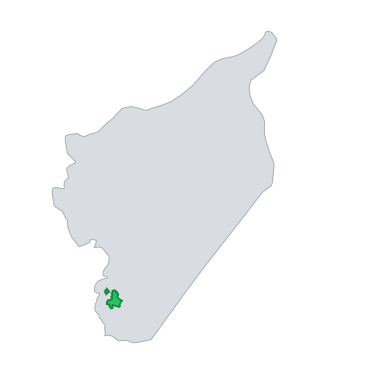 location of Rural Damascus, Rif Dimashq, Syria, rotated 339°
{"feature_id": "27442178B80699161134092", "entity_name": "Rural Damascus", "entity_type": "district", "adm_level": 2, "iso_a3": "SYR", "parent_name": "Syria", "parent_adm1": "Rif Dimashq", "projection": "mercator", "projection_center": [36.292, 33.405], "detail": "fine", "context": "in_parent", "style": "filled", "palette": "green", "viewbox_px": 384, "rotation_deg": 339, "n_neighbors": 0, "source": "geoboundaries", "source_scale": "gbopen_adm2", "svg_char_len": 4894}
<svg xmlns="http://www.w3.org/2000/svg" viewBox="0 0 384 384"><g transform="rotate(339 192 192)"><path d="M63.5,138.7L66.5,139.0L73.0,142.9L74.0,142.8L76.0,137.6L77.9,135.9L81.9,134.3L83.0,125.9L84.9,124.3L87.2,123.4L90.6,123.3L93.6,122.8L93.8,121.3L89.6,111.5L90.0,109.0L92.0,99.2L93.3,95.3L94.5,94.1L99.3,94.6L106.0,96.3L107.8,99.1L111.1,101.7L116.0,101.5L121.6,102.0L126.1,102.1L129.6,100.4L137.6,97.0L141.6,95.9L145.1,94.5L156.7,89.0L161.3,89.5L164.5,90.2L166.9,91.0L172.4,94.7L176.9,98.5L180.0,99.6L185.7,99.5L193.9,100.2L204.0,100.2L209.8,99.1L217.3,97.3L230.7,92.9L248.3,83.6L258.7,79.1L263.1,78.6L268.9,78.5L274.8,79.7L281.3,80.5L284.4,80.5L291.5,79.5L300.8,77.6L306.6,76.1L313.6,73.6L318.0,69.4L319.4,68.9L321.2,69.7L322.1,70.0L323.9,72.4L325.7,78.5L325.7,79.2L325.4,81.0L320.8,86.0L314.6,92.9L310.1,97.2L302.6,104.5L297.0,106.0L287.5,108.6L285.0,111.2L282.6,115.2L281.2,120.8L280.8,124.3L280.6,130.8L282.8,137.6L284.9,144.0L285.2,148.3L285.0,152.5L282.9,157.0L280.7,163.1L279.4,170.0L278.7,183.0L278.7,194.0L278.5,195.8L274.6,203.5L270.1,212.5L268.0,214.6L258.0,217.3L247.1,223.9L235.0,231.2L224.0,237.9L212.4,244.9L200.4,252.1L191.8,257.3L180.3,264.1L169.8,270.7L159.2,277.4L151.2,282.4L139.0,290.4L131.8,295.1L121.3,301.9L112.0,308.0L101.0,315.1L87.3,313.0L82.9,311.7L79.3,308.3L76.7,306.5L70.2,304.7L66.1,298.3L63.5,296.0L59.2,295.0L61.1,290.9L61.4,288.2L63.3,284.9L62.1,282.7L61.5,278.1L60.7,277.0L60.4,275.7L61.1,274.3L60.8,272.7L60.1,272.1L59.7,269.8L59.1,268.1L59.4,266.0L60.4,264.6L61.4,262.0L62.5,261.3L64.4,259.6L64.8,257.9L66.5,256.3L68.7,254.9L69.2,253.8L68.9,253.2L66.7,251.9L65.5,249.8L66.5,246.6L67.3,245.6L68.6,244.1L71.6,241.8L73.9,241.4L75.9,241.4L79.3,241.6L82.0,242.0L82.6,241.4L82.5,240.6L79.3,238.7L79.1,237.2L79.9,235.6L82.2,233.0L85.0,231.1L86.4,230.8L89.5,227.0L91.5,222.7L88.3,212.3L86.3,210.7L83.1,209.2L81.2,209.0L81.1,208.4L83.6,205.7L85.4,203.4L83.4,201.2L79.8,200.2L78.5,202.5L73.9,202.7L66.9,202.6L63.7,191.6L63.3,186.9L63.4,181.3L65.5,173.2L64.5,169.5L64.4,166.9L63.9,163.4L58.3,155.9L61.3,142.1L63.5,138.7Z" fill="#d9dde1" stroke="#a8b0b8" stroke-width="1"/><path d="M80.4,259.8L80.4,260.1L80.4,260.4L80.3,260.6L80.2,260.7L80.0,260.8L79.8,260.8L79.7,260.8L79.5,260.7L79.0,260.6L78.9,260.9L79.2,261.4L79.4,261.7L79.6,261.8L79.7,262.0L79.8,262.5L79.7,262.7L79.3,263.0L79.0,263.0L78.3,262.9L78.1,262.9L77.7,262.9L77.5,263.1L77.4,263.2L77.5,263.3L77.5,263.5L76.7,263.7L76.2,263.3L75.8,263.4L75.4,263.2L75.1,262.8L74.5,262.7L74.4,262.8L74.3,263.7L74.1,263.9L73.9,264.1L73.6,264.2L73.3,264.1L73.0,264.0L72.9,264.1L73.1,264.7L73.2,264.9L73.1,265.1L72.8,265.1L72.7,265.3L72.6,265.6L72.4,265.7L72.2,265.9L72.1,266.1L72.2,266.3L72.4,266.5L72.6,266.5L72.8,266.6L73.1,266.9L73.5,266.8L73.8,267.0L74.0,267.1L74.4,267.4L74.5,267.7L74.6,267.9L74.5,268.4L74.4,268.6L74.0,268.8L73.8,269.0L73.7,269.2L73.9,269.5L74.1,269.8L74.2,270.4L74.3,270.8L74.4,271.2L74.5,271.6L74.5,271.8L75.2,271.6L75.5,271.8L76.1,272.1L76.3,272.0L76.6,271.7L76.8,270.3L77.0,269.1L77.4,268.9L77.7,269.3L78.4,269.6L78.5,269.6L78.7,269.8L78.8,270.0L79.0,270.2L79.0,270.3L79.1,270.5L79.3,270.8L79.5,270.9L79.6,271.0L79.8,271.1L80.0,271.2L80.3,271.2L80.5,271.2L80.6,271.3L80.8,271.6L80.9,272.0L81.3,272.3L81.6,272.6L81.9,272.6L82.2,272.8L82.5,273.2L82.8,273.3L83.9,272.9L84.0,272.7L83.8,271.7L84.6,270.8L85.1,270.1L85.4,269.9L85.6,269.8L85.9,269.5L86.1,269.2L86.7,269.1L86.9,269.0L87.5,268.8L87.7,268.6L87.9,268.4L87.5,267.9L87.1,267.4L86.7,267.0L86.5,266.8L86.0,266.6L85.8,266.4L85.6,266.3L85.6,265.9L85.6,265.5L85.5,265.0L85.4,264.7L85.2,264.3L84.9,263.8L84.7,263.6L84.6,263.3L84.8,263.1L85.0,262.8L84.8,262.5L84.7,262.3L84.8,262.1L84.9,261.8L85.2,261.8L85.9,261.9L86.1,261.5L86.5,261.3L86.4,261.0L86.5,260.6L86.6,260.4L86.4,259.7L86.2,259.2L85.9,259.0L85.5,258.8L85.4,258.6L84.9,258.7L84.8,258.4L85.0,258.1L85.3,258.0L85.6,258.0L86.0,257.9L86.0,257.7L85.7,257.5L85.4,257.3L85.3,257.2L85.3,256.9L85.0,256.6L84.6,255.9L83.9,255.7L83.6,255.9L83.4,256.0L83.0,255.8L82.4,255.5L82.2,255.7L82.1,255.9L82.0,256.1L81.8,256.6L82.0,256.7L82.0,256.8L82.0,257.0L81.9,257.0L81.7,257.0L81.5,257.3L81.4,257.6L81.3,257.8L81.2,258.0L81.1,258.3L81.1,258.5L81.0,258.4L80.9,258.4L81.0,258.5L80.9,258.6L80.7,258.7L80.7,258.8L80.6,259.0L80.8,259.0L80.7,259.2L80.7,259.3L80.6,259.5L80.5,259.8L80.4,259.8L80.4,259.8ZM78.9,255.2L78.7,254.3L78.7,254.1L78.6,253.7L78.4,253.3L78.2,252.7L77.9,251.8L77.7,252.2L77.3,252.5L76.5,252.5L76.2,252.5L75.8,252.5L75.7,252.6L75.6,252.8L75.5,253.0L75.4,253.1L75.4,253.4L75.4,253.5L75.6,253.7L75.9,253.8L76.1,254.0L75.8,254.2L74.7,254.6L74.8,254.9L75.0,255.3L75.3,255.4L75.6,255.7L75.5,256.2L75.3,256.9L75.8,256.7L76.0,256.6L76.0,256.4L76.2,256.2L76.3,256.2L76.5,256.1L76.8,256.1L76.8,255.9L76.9,255.7L76.9,255.8L77.0,255.8L77.0,255.7L77.2,255.8L77.4,255.8L77.5,255.7L77.8,255.6L78.0,255.5L78.5,255.3L78.8,255.1L78.9,255.2Z" fill="#22c55e" stroke="#15803d" stroke-width="1.5"/></g></svg>